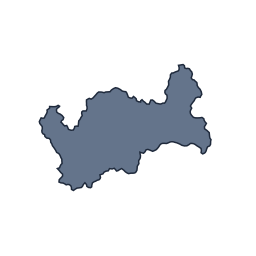 Frei Inocêncio, Minas Gerais, Brazil (Robinson projection), rotated 304°
{"feature_id": "56859067B46677455197451", "entity_name": "Frei Inocêncio", "entity_type": "district", "adm_level": 2, "iso_a3": "BRA", "parent_name": "Brazil", "parent_adm1": "Minas Gerais", "projection": "robinson", "projection_center": [-41.872, -18.522], "detail": "fine", "context": "isolated", "style": "filled", "palette": "slate", "viewbox_px": 256, "rotation_deg": 304, "n_neighbors": 0, "source": "geoboundaries", "source_scale": "gbopen_adm2", "svg_char_len": 3958}
<svg xmlns="http://www.w3.org/2000/svg" viewBox="0 0 256 256"><g transform="rotate(304 128 128)"><path d="M102.0,51.0L100.5,51.9L98.9,51.3L97.6,50.8L96.4,51.9L94.6,52.4L91.8,52.6L89.6,53.0L88.5,52.1L87.8,50.3L85.6,50.6L83.7,50.9L82.4,52.4L81.8,54.2L81.2,56.1L79.4,57.4L77.5,58.1L76.2,59.3L75.6,60.9L75.9,62.5L74.5,63.9L74.2,66.2L75.3,68.6L74.8,70.4L73.0,71.9L72.2,73.8L71.1,75.2L70.3,77.5L69.2,80.2L67.9,82.5L68.1,85.0L67.3,87.0L65.9,89.0L65.2,90.5L63.3,91.9L61.7,93.2L60.3,92.9L58.8,93.0L56.7,93.5L54.9,92.1L54.3,94.7L53.5,97.2L53.2,99.5L51.6,100.6L50.0,100.5L48.3,100.1L46.6,99.9L44.6,101.0L45.0,103.0L46.1,105.1L46.3,106.7L46.3,108.5L47.5,109.6L48.3,111.1L48.0,113.1L47.1,114.3L45.5,115.5L45.7,117.7L47.7,118.4L49.6,119.3L51.1,121.0L52.6,122.6L54.1,122.9L56.2,122.6L58.5,122.9L57.9,125.2L56.6,126.5L56.6,128.4L57.6,130.4L58.9,130.8L60.3,130.0L62.6,129.2L64.4,129.9L65.8,130.9L67.5,131.7L68.8,132.9L70.3,133.2L71.7,132.8L73.4,130.9L74.5,131.7L76.0,132.9L77.8,132.8L79.8,133.8L81.5,135.6L84.0,135.4L85.2,137.8L86.9,139.1L86.5,140.9L85.9,142.5L86.9,143.5L89.0,144.4L90.8,145.4L90.7,147.9L90.2,150.3L90.2,152.2L90.5,154.0L92.2,155.7L93.5,157.6L94.6,158.8L96.0,159.2L98.0,159.0L99.9,158.0L101.4,157.1L103.1,157.0L104.5,157.0L105.8,155.9L107.0,155.1L109.2,155.1L110.7,154.6L112.2,153.7L113.3,152.5L114.6,151.4L115.1,153.2L115.8,155.0L117.7,155.4L120.1,155.2L121.4,156.5L121.9,158.5L122.5,161.5L124.3,162.7L126.0,163.6L128.2,163.9L129.9,164.0L131.3,163.9L132.9,164.1L134.3,164.9L135.5,166.5L136.7,168.6L138.4,169.8L139.8,170.6L140.9,171.7L141.8,173.1L142.3,174.8L143.0,176.7L143.4,178.7L143.7,180.3L143.8,182.3L144.7,184.8L146.2,186.8L148.2,187.8L150.1,188.4L151.0,189.7L151.7,191.2L151.9,192.9L151.8,195.0L151.9,197.0L151.9,199.9L150.4,201.4L148.4,202.4L148.3,204.4L149.5,205.2L150.8,205.7L152.6,205.6L154.7,204.9L156.9,204.5L158.8,205.7L160.5,205.6L161.7,204.9L163.1,204.0L164.8,203.3L165.3,201.7L166.6,200.4L167.9,199.3L169.6,197.9L170.1,194.8L170.2,191.9L171.9,190.6L173.9,190.6L175.7,190.4L176.1,188.6L176.9,186.9L178.1,185.6L178.1,183.4L176.7,182.0L175.3,180.1L174.2,178.4L173.4,176.3L174.1,173.5L174.9,171.7L176.3,170.4L178.0,169.9L180.1,169.7L181.1,167.5L182.9,167.3L185.3,167.4L187.7,167.6L189.3,167.3L191.0,167.4L192.9,168.8L193.8,170.7L195.2,170.4L197.1,170.4L199.0,168.5L200.4,166.1L200.9,163.7L201.9,161.6L203.1,160.7L204.2,159.6L204.4,157.6L204.8,155.8L204.1,154.4L204.9,152.4L206.7,151.9L208.7,151.2L210.2,149.4L210.6,147.6L211.4,145.8L210.9,144.2L209.9,143.2L209.5,141.4L211.2,139.9L211.4,138.2L210.3,137.0L209.2,135.9L208.2,134.8L206.7,136.6L205.0,137.7L203.3,137.7L201.8,136.5L200.3,135.5L199.0,134.8L198.0,133.5L195.8,133.4L193.8,134.7L191.6,135.2L189.4,135.4L187.9,136.6L186.3,137.7L184.6,137.9L183.0,138.1L181.5,138.2L179.9,137.7L178.2,138.6L177.3,139.8L177.0,141.9L175.6,143.1L174.3,143.9L172.5,144.2L170.5,144.5L169.0,144.4L168.2,143.0L166.8,142.2L165.8,141.2L165.2,139.7L164.2,137.4L164.8,134.5L164.9,132.6L163.9,131.3L162.0,131.7L159.6,132.2L158.3,130.0L158.8,127.5L158.8,125.9L159.3,123.8L157.8,123.3L156.6,123.9L155.6,122.0L155.4,119.7L156.7,118.6L157.1,116.7L157.2,114.9L155.0,114.7L154.2,113.3L153.7,111.1L155.1,109.2L156.3,107.5L156.9,105.9L156.1,104.4L155.4,102.6L155.6,100.3L155.3,97.3L154.4,95.1L152.5,93.9L150.2,93.0L148.0,92.8L146.6,91.0L145.4,89.4L143.9,88.4L143.0,86.0L141.5,83.6L139.8,83.0L137.6,82.8L135.6,82.5L133.4,82.2L131.3,81.3L130.9,79.3L129.6,78.6L128.1,77.9L126.6,78.8L125.2,79.9L123.6,80.9L122.8,82.1L121.1,83.3L118.8,83.8L117.8,82.4L116.9,81.1L115.5,80.7L114.2,81.4L112.7,83.1L110.5,83.1L108.2,83.4L106.4,83.2L104.8,84.0L103.0,85.0L101.5,85.6L100.7,84.1L99.5,83.0L98.0,83.6L95.8,83.8L94.3,82.1L93.6,79.4L95.0,77.4L95.8,75.8L94.3,74.3L94.6,72.5L95.2,70.8L95.3,69.2L97.0,68.8L98.6,69.5L100.7,68.9L101.5,66.4L101.6,64.0L101.2,62.1L101.3,60.1L103.0,58.5L104.7,58.2L106.3,59.0L107.8,59.1L107.7,57.4L106.2,56.7L105.0,55.7L103.8,54.0L102.9,52.5L102.0,51.0Z" fill="#64748b" stroke="#1e293b" stroke-width="1.5"/></g></svg>